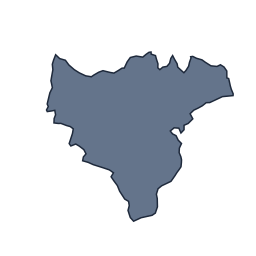 the district of Stroumpi, Paphos, Cyprus, rotated 17°
{"feature_id": "46923920B38584843401595", "entity_name": "Stroumpi", "entity_type": "district", "adm_level": 2, "iso_a3": "CYP", "parent_name": "Cyprus", "parent_adm1": "Paphos", "projection": "robinson", "projection_center": [32.477, 34.887], "detail": "fine", "context": "isolated", "style": "filled", "palette": "slate", "viewbox_px": 256, "rotation_deg": 17, "n_neighbors": 0, "source": "geoboundaries", "source_scale": "gbopen_adm2", "svg_char_len": 1829}
<svg xmlns="http://www.w3.org/2000/svg" viewBox="0 0 256 256"><g transform="rotate(17 128 128)"><path d="M125.9,49.5L123.8,52.2L121.4,55.9L114.8,56.8L109.6,59.9L107.9,64.9L106.9,71.8L104.8,72.5L101.9,75.9L98.5,79.6L94.6,80.1L87.3,80.5L83.7,83.2L79.8,87.4L78.0,89.7L72.3,90.5L65.3,89.5L59.5,87.9L53.0,85.0L48.3,81.5L42.4,81.6L37.4,79.1L37.0,84.7L37.0,89.2L39.1,94.2L40.1,102.4L40.5,105.4L42.1,108.2L43.9,111.6L43.0,117.2L43.3,122.1L43.7,128.7L45.5,130.8L44.8,134.6L46.0,135.9L50.0,134.0L52.8,132.5L54.9,136.6L54.6,140.6L55.7,144.8L60.2,144.0L62.4,143.2L68.7,143.6L72.3,143.5L75.9,144.8L76.5,149.5L76.3,160.1L78.6,161.9L82.7,158.6L86.8,159.6L92.1,161.6L95.4,165.0L93.8,168.7L94.2,172.6L100.0,172.5L105.5,173.2L115.8,173.3L122.4,173.5L127.2,175.1L126.1,179.6L130.1,182.8L134.7,186.2L138.5,190.9L145.6,196.9L150.0,198.0L151.9,201.9L152.1,206.8L154.5,210.3L156.4,213.0L160.6,215.5L166.7,210.0L176.6,204.4L177.7,203.0L179.0,201.4L179.2,194.8L176.6,186.9L174.5,183.0L174.5,177.3L177.1,173.4L184.7,166.4L186.8,160.0L187.8,156.3L189.0,152.9L190.0,149.6L189.2,145.5L188.5,142.8L187.0,140.1L184.1,136.6L183.0,132.2L183.7,127.2L179.5,124.9L176.2,121.3L172.3,120.6L169.3,118.5L172.1,114.3L176.7,113.3L180.1,117.3L182.1,113.3L180.8,109.0L184.2,106.1L187.3,100.3L183.2,96.2L185.7,91.7L189.4,88.3L192.6,85.0L195.4,80.9L198.7,79.8L209.1,70.4L219.0,66.3L218.6,64.6L215.4,60.7L213.5,57.8L210.7,52.8L209.8,51.3L207.9,51.2L205.8,44.6L202.0,41.6L197.9,40.5L195.1,43.1L189.1,44.3L182.6,42.5L178.8,41.2L173.1,41.3L169.0,40.6L167.1,41.5L167.8,42.6L167.6,47.2L167.9,51.3L166.6,56.0L165.3,58.8L162.2,57.4L157.8,55.3L156.2,52.2L152.3,48.6L149.5,45.7L148.6,48.9L148.8,53.9L147.2,57.7L143.5,59.6L141.4,62.9L138.9,61.7L137.9,57.9L135.1,53.9L133.1,50.7L131.8,50.7L128.6,50.6L127.8,48.6L125.9,49.5Z" fill="#64748b" stroke="#1e293b" stroke-width="1.5"/></g></svg>